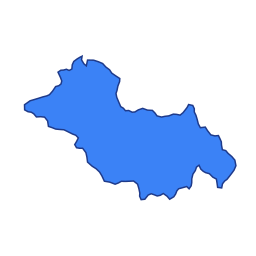 outline of Ipatinga, Minas Gerais, Brazil, rotated 166°
{"feature_id": "56859067B61763369021811", "entity_name": "Ipatinga", "entity_type": "district", "adm_level": 2, "iso_a3": "BRA", "parent_name": "Brazil", "parent_adm1": "Minas Gerais", "projection": "natural_earth1", "projection_center": [-42.604, -19.445], "detail": "fine", "context": "isolated", "style": "filled", "palette": "blue", "viewbox_px": 256, "rotation_deg": 166, "n_neighbors": 0, "source": "geoboundaries", "source_scale": "gbopen_adm2", "svg_char_len": 2025}
<svg xmlns="http://www.w3.org/2000/svg" viewBox="0 0 256 256"><g transform="rotate(166 128 128)"><path d="M216.4,178.1L222.8,175.6L223.9,170.6L221.1,168.0L218.0,166.7L216.0,164.6L214.2,160.9L210.0,160.1L206.3,158.7L204.3,154.3L204.8,148.8L201.5,146.7L198.5,144.5L194.6,143.1L190.6,141.8L187.5,139.2L183.3,135.6L180.4,133.6L178.6,130.4L181.2,127.3L183.7,124.8L182.7,121.3L180.0,120.1L176.9,119.3L174.8,114.3L174.9,109.8L175.5,104.7L172.1,99.7L168.7,96.1L166.2,92.1L164.9,87.8L163.8,82.1L158.8,79.9L154.1,76.6L150.6,77.0L147.4,77.9L143.4,76.8L135.4,75.2L132.3,71.2L132.1,66.5L132.3,61.9L133.2,59.1L132.6,55.3L128.9,54.8L124.6,58.1L121.4,58.6L118.9,57.0L116.1,55.0L113.0,54.9L109.6,55.9L106.6,52.4L104.8,48.8L100.2,50.2L97.8,52.4L95.8,55.2L93.6,56.8L88.9,56.9L85.2,57.0L83.4,54.2L80.7,56.6L79.4,59.5L78.4,63.3L76.2,67.5L73.0,70.4L71.0,73.5L68.1,74.7L67.3,70.5L65.5,67.8L63.5,65.9L60.1,64.0L57.6,59.8L54.6,57.1L54.9,53.4L55.4,48.7L51.6,47.2L49.8,51.0L47.0,53.2L44.4,54.2L41.3,56.6L37.9,59.3L35.3,61.5L32.4,65.3L32.1,71.0L34.2,75.2L37.0,79.1L38.6,82.4L41.7,84.1L41.4,88.9L40.8,92.0L41.4,95.5L42.1,98.8L45.6,99.3L49.3,101.3L51.5,106.2L52.8,110.2L57.7,110.8L58.8,114.9L58.8,119.5L59.0,123.8L59.8,127.5L59.0,130.7L59.7,134.2L63.5,136.1L65.6,133.7L68.5,131.4L70.8,129.6L74.3,127.9L77.6,129.5L80.7,130.5L85.5,129.9L89.4,130.4L92.8,130.5L96.9,132.7L98.3,136.2L100.1,139.2L104.7,140.6L109.0,143.5L113.6,143.1L117.4,141.9L120.1,142.3L123.1,144.8L126.3,145.4L127.7,148.3L129.9,150.5L130.8,155.9L131.5,160.5L131.3,164.4L129.6,167.1L127.7,171.1L124.9,175.1L124.0,178.0L127.7,182.0L130.5,185.2L131.8,188.9L134.8,192.6L137.0,196.7L140.6,199.4L144.9,202.1L150.8,203.7L153.4,198.4L155.3,201.0L156.6,205.4L155.2,208.8L157.8,208.2L160.7,207.3L164.5,205.7L166.8,202.8L168.2,198.8L171.2,198.1L173.6,199.9L176.5,199.8L179.2,200.3L182.4,199.1L181.3,193.4L180.9,189.7L182.3,187.0L184.8,185.8L188.2,185.7L192.3,182.0L196.2,179.3L199.1,178.8L203.0,178.8L207.6,178.5L211.6,178.3L216.4,178.1Z" fill="#3b82f6" stroke="#1e3a8a" stroke-width="1.5"/></g></svg>